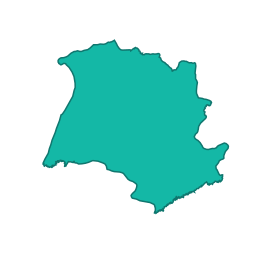 Hoon, Oudômxai, Laos (Albers equal-area conic projection), rotated 164°
{"feature_id": "54806243B15680017307326", "entity_name": "Hoon", "entity_type": "district", "adm_level": 2, "iso_a3": "LAO", "parent_name": "Laos", "parent_adm1": "Oudômxai", "projection": "albers", "projection_center": [101.419, 20.096], "detail": "fine", "context": "isolated", "style": "filled", "palette": "teal", "viewbox_px": 256, "rotation_deg": 164, "n_neighbors": 0, "source": "geoboundaries", "source_scale": "gbopen_adm2", "svg_char_len": 5644}
<svg xmlns="http://www.w3.org/2000/svg" viewBox="0 0 256 256"><g transform="rotate(164 128 128)"><path d="M126.0,39.1L125.5,38.7L125.4,39.6L124.9,39.4L124.5,39.8L124.0,38.6L123.7,38.9L122.6,38.9L122.1,39.4L121.9,40.0L121.7,40.0L121.6,39.5L121.3,39.5L120.9,40.1L120.4,39.9L120.1,40.3L119.9,40.2L120.0,39.6L119.7,39.4L119.0,40.3L118.3,40.3L118.2,40.1L118.5,39.8L118.5,39.5L117.6,39.4L117.4,38.7L116.9,38.5L116.6,39.0L116.9,39.9L116.4,40.4L116.5,40.8L116.0,40.6L115.2,41.3L114.7,42.3L113.4,42.1L112.9,42.5L112.6,42.2L111.7,43.4L111.5,43.2L111.2,43.5L111.1,43.3L111.5,43.0L111.1,42.8L110.8,43.1L110.7,43.7L110.1,43.6L109.4,43.9L108.7,43.7L108.6,44.5L107.9,44.3L107.4,44.8L107.0,44.6L107.3,44.1L107.2,43.8L106.3,43.6L105.3,44.2L104.5,45.3L104.3,45.6L104.6,45.9L104.5,46.2L103.8,46.1L103.7,46.7L103.1,46.8L102.8,47.3L102.2,47.1L102.2,46.8L102.7,46.1L102.4,45.7L101.8,46.3L101.2,46.0L101.2,46.7L100.6,46.5L100.7,47.0L99.9,46.7L99.7,46.9L99.8,47.2L101.0,48.1L100.5,48.7L100.0,47.9L99.2,47.5L99.4,47.0L98.7,47.0L98.3,46.5L98.0,47.0L98.3,47.8L98.2,47.9L97.5,47.2L97.5,46.7L97.2,46.4L96.8,46.3L96.7,46.6L96.2,46.6L95.9,47.2L95.5,47.4L95.0,46.6L94.1,46.7L94.2,46.3L93.9,46.0L93.6,46.3L93.9,47.0L93.7,47.2L93.5,48.2L93.0,48.2L93.1,47.8L92.9,47.6L92.4,48.0L91.0,47.7L90.6,48.0L90.6,48.5L90.2,48.8L89.6,47.7L89.1,47.5L88.9,48.2L88.6,48.2L88.7,47.8L88.5,47.6L87.9,48.1L87.8,48.7L87.2,48.4L86.8,49.2L86.5,49.2L86.3,48.6L85.8,48.4L85.8,49.2L84.6,48.7L84.6,49.3L84.3,49.3L82.7,49.0L81.9,48.2L82.0,49.0L81.3,49.8L80.4,49.5L78.4,50.8L76.9,50.4L75.7,51.5L73.5,51.3L72.9,52.0L73.4,52.2L73.4,52.5L73.0,52.5L72.4,52.0L69.4,53.8L67.3,54.5L67.0,53.6L66.9,51.8L66.6,51.6L66.1,51.8L66.2,51.3L65.7,50.8L65.4,51.0L65.6,51.3L65.2,51.9L64.7,51.2L64.0,51.4L62.8,51.3L62.3,50.6L61.1,51.9L59.8,52.0L59.0,52.8L58.1,52.5L57.4,51.5L56.3,51.8L56.5,51.0L56.3,50.9L55.4,51.6L54.4,51.0L54.2,52.0L53.3,51.2L52.0,52.0L50.9,53.7L51.3,54.5L50.4,55.4L50.0,56.9L51.0,57.1L51.8,56.9L52.5,57.2L53.2,58.4L54.0,63.5L54.5,64.4L54.1,67.1L50.6,69.7L49.3,71.3L47.4,71.9L45.2,72.0L44.1,72.6L43.9,74.0L43.2,75.5L40.9,78.5L37.5,80.8L36.5,82.8L36.8,84.2L38.0,86.0L39.6,87.0L45.8,86.2L47.2,85.7L48.4,84.7L50.4,84.4L52.8,85.1L56.7,85.2L58.6,85.9L60.7,87.5L61.4,88.6L61.6,90.2L62.7,94.0L64.2,96.7L65.7,98.3L66.5,99.5L66.7,101.4L64.8,103.5L62.8,104.5L62.0,105.3L60.6,107.8L60.3,108.7L59.5,110.2L57.0,112.6L50.9,115.8L50.1,116.4L49.6,117.3L49.6,117.8L49.9,118.2L49.8,118.6L50.6,119.1L50.6,120.3L50.2,121.6L49.6,122.1L50.0,122.4L50.4,123.6L49.9,124.5L48.8,125.5L48.5,125.5L48.5,126.6L46.9,127.2L46.7,128.1L45.5,128.5L45.2,128.2L44.7,128.0L44.7,127.6L43.3,126.9L42.1,127.6L41.8,128.4L41.2,128.9L41.2,129.5L40.8,129.5L40.9,130.7L42.1,132.0L45.0,134.0L47.1,134.9L48.3,135.9L52.0,137.6L52.6,142.4L52.0,144.9L50.2,149.6L48.8,152.5L48.9,154.5L49.5,156.6L48.3,160.7L48.5,162.1L45.7,168.9L45.4,171.5L45.9,172.3L47.7,172.3L49.0,173.3L51.2,173.8L53.7,176.1L55.0,176.4L55.6,177.0L58.0,177.5L60.6,176.7L62.8,173.2L64.6,171.9L65.4,170.9L66.0,170.7L67.9,171.2L69.0,170.6L69.8,170.5L69.9,170.8L69.6,172.0L70.1,173.6L70.8,174.2L71.9,176.1L72.5,177.6L73.3,178.3L73.7,179.2L74.3,179.6L74.4,180.5L76.3,182.2L77.3,184.0L77.4,186.3L78.5,187.5L77.6,188.7L77.3,189.4L77.3,190.1L77.7,190.9L78.6,191.3L79.4,191.2L81.8,191.6L83.6,192.4L86.1,192.6L86.8,192.8L87.3,193.4L90.4,194.4L91.5,194.4L92.0,194.0L93.9,194.5L94.1,195.5L93.6,195.9L94.1,196.1L94.9,195.7L95.5,196.4L95.5,196.7L95.3,197.1L95.4,198.5L96.2,199.1L96.0,200.0L96.2,200.7L97.2,202.3L98.0,202.5L98.5,203.3L99.3,203.2L100.0,202.5L100.4,202.9L101.2,202.7L104.1,201.4L104.1,202.3L104.6,202.6L111.9,204.4L113.3,205.1L114.4,206.6L115.5,209.7L115.9,212.3L116.9,216.1L118.1,215.7L119.3,215.6L119.8,215.3L121.0,215.5L122.1,215.3L122.8,215.8L123.5,215.9L126.1,215.1L127.4,215.1L128.4,215.2L131.7,216.4L134.1,216.4L138.2,217.5L142.2,215.4L145.1,214.4L148.9,214.7L151.3,214.4L153.1,214.8L155.2,216.1L157.7,216.1L158.6,216.4L162.2,215.6L166.1,213.7L167.7,213.4L170.3,213.3L173.1,213.9L174.5,213.6L175.6,213.1L176.5,212.3L177.0,210.6L176.7,210.1L176.7,209.1L176.4,209.0L175.4,207.4L175.1,207.3L174.5,207.2L172.0,207.8L171.1,207.5L170.2,207.0L170.0,206.0L167.9,202.5L166.3,197.1L165.7,192.3L166.5,185.6L167.6,181.5L169.3,179.1L172.4,173.6L183.8,162.3L187.3,159.4L188.7,159.1L191.9,153.8L196.8,147.4L199.2,143.7L204.4,137.1L206.7,133.3L209.2,129.9L211.6,125.7L216.4,121.0L219.3,117.6L218.8,117.1L219.5,116.4L219.0,115.9L219.1,114.7L218.7,114.3L218.1,114.8L216.6,114.8L216.4,114.5L216.6,113.6L216.0,113.2L215.8,112.8L215.0,112.9L214.6,111.9L213.0,112.0L212.3,111.2L212.0,111.1L210.8,111.7L211.7,112.0L211.3,112.9L211.1,113.0L210.1,112.5L209.8,112.6L209.3,112.1L208.3,112.5L207.5,112.4L207.5,113.8L207.2,114.0L206.5,113.6L206.4,114.0L206.7,115.5L206.4,115.6L205.5,115.0L204.6,115.9L204.2,115.8L203.7,115.5L204.6,115.2L204.5,114.2L203.7,114.3L203.1,115.3L202.2,114.9L201.6,114.8L201.2,114.2L200.3,114.1L200.8,115.0L199.2,114.2L198.2,113.0L198.1,111.9L198.8,111.8L198.9,111.4L198.4,110.4L199.0,109.7L199.0,109.2L199.4,108.9L199.5,108.6L199.3,108.5L198.7,108.7L198.2,108.6L197.5,109.5L194.5,112.1L193.4,111.5L192.6,111.4L190.8,110.2L189.1,110.8L189.0,110.5L189.7,109.8L189.6,109.7L189.3,109.7L187.9,108.8L187.1,108.6L185.3,107.0L182.1,106.3L178.7,105.9L175.3,105.9L171.3,106.4L170.4,106.2L166.0,104.4L162.1,101.6L160.1,99.9L159.3,97.6L159.5,94.0L157.6,93.0L155.6,91.3L153.3,89.9L148.2,88.0L145.8,86.5L144.8,85.4L142.1,78.7L140.6,77.0L137.9,75.1L135.5,72.1L135.2,70.6L136.0,68.7L137.1,67.1L138.5,65.5L141.8,63.8L143.6,62.4L143.7,60.9L143.2,59.4L139.4,57.3L136.6,54.8L127.4,50.3L124.1,47.4L123.8,46.5L123.8,43.5L124.4,41.3L126.0,39.1Z" fill="#14b8a6" stroke="#0f766e" stroke-width="1.5"/></g></svg>